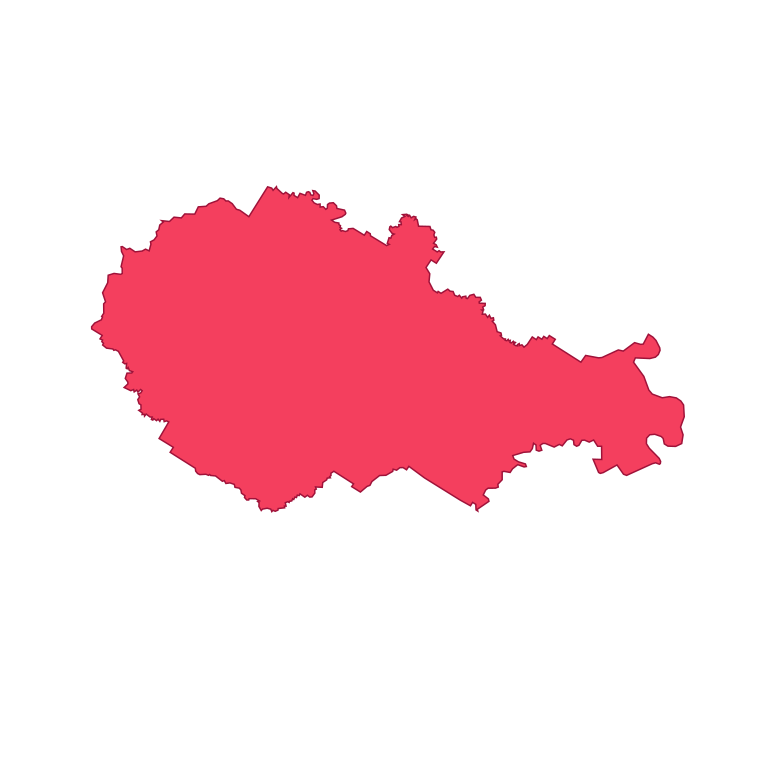 Lismore, New South Wales, Australia (Natural Earth projection), rotated 294°
{"feature_id": "25037944B52457612567816", "entity_name": "Lismore", "entity_type": "district", "adm_level": 2, "iso_a3": "AUS", "parent_name": "Australia", "parent_adm1": "New South Wales", "projection": "natural_earth1", "projection_center": [153.257, -28.794], "detail": "fine", "context": "isolated", "style": "filled", "palette": "rose", "viewbox_px": 768, "rotation_deg": 294, "n_neighbors": 0, "source": "geoboundaries", "source_scale": "gbopen_adm2", "svg_char_len": 6148}
<svg xmlns="http://www.w3.org/2000/svg" viewBox="0 0 768 768"><g transform="rotate(294 384 384)"><path d="M549.2,342.9L546.9,341.2L548.5,338.8L546.9,338.0L547.4,336.4L548.2,337.3L548.3,335.7L546.3,332.1L545.5,334.9L542.8,332.5L538.6,332.1L539.0,333.6L536.6,335.0L535.6,332.6L534.1,333.5L532.4,332.2L532.7,330.7L530.3,328.2L531.0,326.0L530.0,325.4L527.2,326.0L524.9,330.1L525.1,332.3L522.9,330.7L520.0,330.9L519.7,329.1L513.8,329.8L513.7,332.0L511.5,330.1L513.9,311.4L515.7,310.3L516.3,306.2L511.9,305.5L513.6,292.5L511.3,288.4L509.4,288.6L507.6,286.7L507.2,283.5L506.2,282.7L507.0,281.0L509.0,281.9L509.1,280.1L510.9,279.9L511.3,278.0L512.7,277.3L511.7,273.2L512.4,269.4L519.7,277.6L523.2,279.6L524.6,279.6L526.8,277.2L525.2,269.6L527.5,268.1L529.0,264.0L527.1,260.6L525.0,259.4L521.6,260.7L519.9,259.8L521.3,256.4L519.7,253.7L522.4,252.4L520.9,250.0L521.0,246.5L522.6,243.4L524.5,243.8L525.3,247.4L527.0,249.3L530.2,248.0L532.3,242.6L531.7,240.3L529.4,242.5L527.3,242.4L527.0,240.2L528.9,238.3L528.9,236.7L527.6,235.3L524.4,235.5L524.0,229.7L519.1,229.3L519.7,225.1L521.8,224.2L521.8,223.0L515.8,221.3L518.4,220.5L519.2,216.2L516.8,215.0L516.7,213.6L519.1,206.5L520.5,205.5L515.8,203.9L517.3,201.7L516.8,197.5L481.9,192.5L484.1,181.5L483.6,178.1L487.0,172.0L487.9,167.3L486.9,165.1L488.0,162.3L487.1,158.6L483.7,157.2L477.4,150.7L474.0,149.2L470.3,142.3L462.2,142.0L458.3,132.8L453.3,131.3L451.0,124.3L445.2,121.9L442.8,114.5L442.2,116.5L438.0,114.5L433.3,115.5L430.3,114.0L426.9,116.4L422.1,115.3L418.9,112.8L417.0,114.2L410.1,115.3L410.2,111.3L407.1,109.0L403.5,102.9L404.6,96.6L402.2,94.2L403.1,89.0L402.4,88.0L398.3,90.3L395.2,94.0L384.2,96.1L383.3,97.7L378.5,99.9L377.1,98.9L375.2,92.4L371.2,87.8L364.2,90.4L352.9,89.8L345.8,96.2L343.2,95.3L334.7,99.2L330.9,98.6L330.7,99.6L327.7,99.7L322.0,94.9L317.4,93.6L315.4,94.6L313.8,106.8L309.7,106.2L309.7,109.0L307.9,109.0L307.1,111.2L305.2,111.1L303.9,115.9L305.7,122.1L304.9,123.5L306.0,124.7L305.8,128.1L299.2,136.8L297.5,136.5L297.0,139.1L298.1,140.5L293.6,142.0L293.4,143.2L295.0,143.5L292.7,146.0L293.0,149.5L291.5,149.1L289.4,144.8L283.8,145.4L281.6,149.2L279.9,150.0L275.1,148.0L274.9,155.4L277.1,157.5L275.2,159.0L277.9,160.6L276.5,162.5L280.0,163.9L279.5,165.8L276.9,165.4L274.9,163.3L272.8,166.0L269.6,165.4L266.4,168.2L266.1,170.4L262.1,172.3L260.2,170.7L259.2,175.2L257.7,175.4L258.8,177.5L257.3,178.3L259.8,179.0L258.7,183.7L259.5,185.7L257.0,185.9L257.0,187.5L258.7,187.8L258.0,191.1L260.0,191.9L258.7,194.4L260.9,194.4L262.2,197.1L260.2,198.5L261.9,200.4L261.8,202.8L242.7,200.7L240.5,217.3L234.6,216.4L230.3,245.9L227.8,247.4L226.4,250.1L226.3,252.6L229.1,258.0L229.2,260.8L230.4,261.6L229.9,262.7L231.5,267.5L229.4,275.9L230.8,277.4L228.8,280.0L231.0,283.5L231.4,288.1L229.0,289.9L230.0,294.2L229.0,296.4L226.3,298.2L225.4,302.4L223.6,302.7L222.2,305.8L223.0,307.6L224.4,307.4L227.0,313.4L226.5,317.7L225.3,316.4L224.8,318.1L221.3,319.5L218.5,323.3L220.3,323.9L223.0,327.8L223.6,331.5L221.8,333.4L223.4,333.9L223.5,336.4L225.6,338.4L227.2,338.0L230.5,343.6L231.9,342.7L232.6,344.2L235.4,342.1L237.3,343.9L237.2,345.5L238.3,345.3L239.7,347.3L242.0,347.2L241.8,348.5L244.5,348.6L244.7,350.2L247.2,350.0L247.6,351.9L249.5,351.9L248.4,357.7L251.2,359.3L250.5,362.2L251.6,364.2L256.2,365.2L259.1,363.8L260.4,364.9L262.1,363.3L264.5,369.6L269.1,368.1L273.1,370.6L274.9,370.4L276.5,373.1L277.2,372.0L278.8,372.8L280.9,371.8L283.9,373.7L280.4,396.8L277.1,396.2L275.7,406.4L283.6,410.2L285.7,412.4L290.0,412.6L298.6,417.2L301.4,422.9L307.7,427.5L309.9,427.0L310.4,430.6L314.0,432.5L315.4,435.4L314.8,439.5L318.9,440.2L314.7,459.2L308.9,501.0L307.9,512.5L311.9,513.1L311.4,516.8L306.4,519.3L306.1,521.3L307.5,520.2L319.5,527.6L321.5,526.1L323.0,519.8L328.5,520.0L331.2,521.5L334.2,528.2L336.3,530.3L338.7,528.8L344.6,530.9L351.8,527.7L353.0,529.1L354.5,535.2L358.8,535.9L364.7,539.0L365.2,545.7L366.5,547.6L368.5,545.7L367.6,538.5L368.3,533.3L371.0,530.7L378.4,539.3L381.4,545.0L385.3,545.8L390.7,544.7L390.1,547.7L385.5,550.0L385.7,552.9L387.7,555.1L391.5,551.6L394.3,553.3L395.3,555.6L395.6,565.1L400.1,568.7L400.0,572.0L407.3,573.9L409.7,576.5L409.7,580.0L405.9,582.2L405.5,585.3L407.3,587.0L413.0,587.6L414.3,590.0L414.4,595.1L418.1,598.3L414.0,604.5L415.6,608.1L403.6,613.6L400.3,605.6L390.5,616.0L390.3,617.9L392.2,620.3L404.8,629.8L399.0,639.5L399.2,642.8L420.3,661.5L422.5,664.2L422.7,668.2L423.7,668.8L425.8,668.2L428.0,665.6L433.2,652.5L436.2,648.0L441.3,645.9L445.7,647.4L448.2,651.8L448.8,658.6L447.8,661.2L443.3,664.4L442.7,668.6L445.6,675.8L450.7,680.2L459.2,677.9L465.3,672.4L476.2,671.6L486.7,666.2L489.2,662.1L490.2,656.7L488.6,650.0L484.6,643.8L483.9,633.2L486.2,628.4L496.6,618.3L505.4,603.1L510.1,603.0L515.4,616.5L518.9,621.0L522.5,622.6L527.0,622.5L529.2,621.2L534.4,614.8L536.2,610.6L537.0,605.3L525.9,604.6L524.6,602.4L523.7,596.1L511.4,589.2L510.4,584.2L496.9,572.4L495.2,569.5L492.1,556.6L484.0,555.0L489.0,521.5L494.5,522.3L495.5,515.3L491.9,514.6L492.5,510.6L489.1,510.0L489.7,505.6L486.5,505.1L487.3,500.3L478.4,498.8L474.6,496.9L475.9,494.1L474.3,492.2L475.9,491.1L474.3,489.9L473.2,490.6L472.6,488.7L472.9,486.4L475.4,487.2L475.3,486.0L474.0,485.9L475.5,484.7L473.3,483.6L473.2,482.2L475.2,481.6L474.3,480.5L475.3,479.3L473.5,478.6L473.2,476.9L474.5,476.6L473.9,474.9L475.3,470.6L476.3,471.5L478.2,470.1L477.8,466.1L483.4,461.7L485.4,457.4L486.9,458.4L489.0,457.0L487.5,454.9L489.7,452.3L487.0,451.6L489.1,448.2L487.7,445.4L491.2,444.7L491.4,443.3L492.4,444.8L494.4,442.9L496.7,444.5L498.8,443.7L496.6,438.2L497.7,437.5L500.2,438.9L502.3,436.7L500.5,432.6L502.5,429.6L499.9,426.4L496.0,425.5L495.7,424.3L497.5,423.0L495.7,420.4L494.1,420.1L495.7,416.7L493.9,415.8L493.8,412.5L496.6,409.5L495.7,406.7L496.6,403.7L490.0,399.2L490.6,395.8L489.0,395.6L489.7,390.9L495.6,383.6L503.3,381.0L507.5,375.0L516.5,376.5L515.6,382.7L529.1,385.0L527.7,382.1L528.2,380.1L526.3,378.9L527.1,373.5L530.2,374.3L530.7,377.0L532.4,375.0L532.7,372.0L537.8,373.2L539.4,372.1L538.6,370.6L540.5,368.9L543.2,368.7L544.5,366.3L544.0,364.2L546.6,361.9L542.2,351.4L547.5,347.6L548.0,346.1L546.8,345.3L549.5,345.3L549.2,342.9Z" fill="#f43f5e" stroke="#9f1239" stroke-width="1.5"/></g></svg>